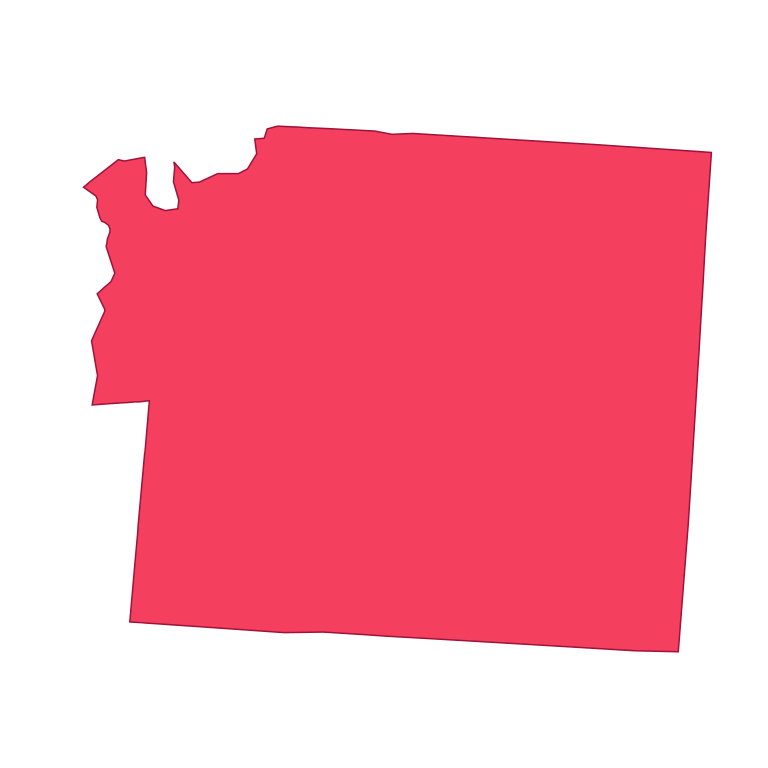 outline of Providence, Rhode Island, United States of America, rotated 185°
{"feature_id": "52423323B73822827864171", "entity_name": "Providence", "entity_type": "district", "adm_level": 2, "iso_a3": "USA", "parent_name": "United States of America", "parent_adm1": "Rhode Island", "projection": "albers", "projection_center": [-71.447, 41.872], "detail": "fine", "context": "isolated", "style": "filled", "palette": "rose", "viewbox_px": 768, "rotation_deg": 185, "n_neighbors": 0, "source": "geoboundaries", "source_scale": "gbopen_adm2", "svg_char_len": 1611}
<svg xmlns="http://www.w3.org/2000/svg" viewBox="0 0 768 768"><g transform="rotate(185 384 384)"><path d="M612.7,587.0L611.4,582.0L611.4,569.5L611.4,567.2L604.4,549.2L604.7,540.6L615.4,538.1L617.0,537.7L629.6,541.1L629.8,541.2L636.7,549.6L638.3,551.5L638.9,574.1L641.8,586.9L642.2,589.0L662.1,583.5L668.3,584.3L681.1,572.3L691.6,562.6L694.3,560.1L700.5,553.8L687.4,546.2L685.4,542.5L685.5,535.0L681.7,525.3L679.4,521.4L676.9,520.9L672.3,518.2L670.5,514.7L670.3,511.4L671.1,508.3L672.3,503.9L672.3,500.2L672.8,497.0L672.4,495.8L661.8,470.9L664.9,462.2L671.8,455.1L674.5,452.1L677.6,448.9L668.9,434.4L668.4,432.5L678.5,403.4L679.1,401.5L674.6,384.4L674.1,382.3L670.1,367.4L672.1,346.5L672.1,346.2L672.9,337.7L671.6,337.9L654.4,340.7L652.0,341.0L651.8,341.1L641.5,342.7L638.6,343.0L637.7,343.2L630.4,344.5L626.7,344.8L623.0,345.5L616.5,346.9L616.3,346.9L616.3,346.0L616.2,309.0L616.2,308.7L616.2,294.8L616.4,294.4L616.6,220.3L616.4,217.0L616.5,184.5L616.5,124.8L560.1,125.9L515.7,126.7L463.0,127.6L460.8,127.7L459.5,127.9L458.0,128.0L424.8,131.4L424.4,131.5L422.4,131.6L382.6,132.6L359.6,133.0L346.5,133.4L320.4,134.2L269.7,135.7L223.0,137.0L111.1,140.1L67.5,142.9L68.7,271.4L69.5,305.2L72.3,414.6L72.6,423.9L72.9,438.2L72.9,439.9L74.5,495.5L74.5,498.5L76.3,556.0L76.5,563.4L78.0,643.2L195.6,640.9L238.1,639.7L377.3,636.1L397.9,633.4L415.1,635.2L463.2,633.5L481.6,632.7L490.8,632.5L512.4,631.6L512.8,631.5L522.6,627.9L524.7,618.4L534.1,616.8L530.9,602.2L538.7,586.4L547.4,580.9L567.1,579.2L569.1,578.5L585.4,569.1L592.9,567.8L612.5,586.7L612.7,587.0Z" fill="#f43f5e" stroke="#9f1239" stroke-width="1.5"/></g></svg>